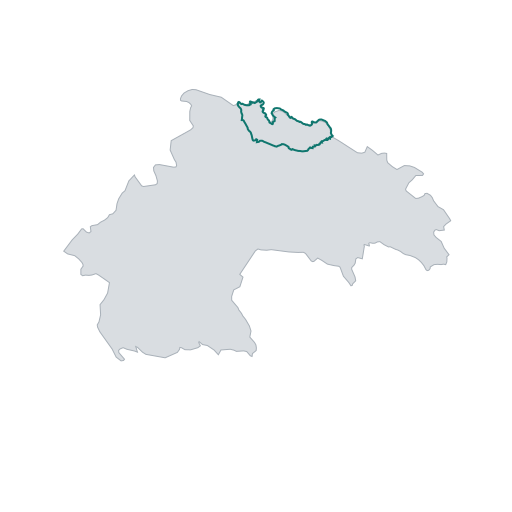 location of Mandiana, Mandiana, Guinea, rotated 304°
{"feature_id": "49546643B67473886511689", "entity_name": "Mandiana", "entity_type": "district", "adm_level": 2, "iso_a3": "GIN", "parent_name": "Guinea", "parent_adm1": "Mandiana", "projection": "equal_earth", "projection_center": [-8.547, 10.818], "detail": "fine", "context": "in_parent", "style": "outline", "palette": "teal", "viewbox_px": 512, "rotation_deg": 304, "n_neighbors": 0, "source": "geoboundaries", "source_scale": "gbopen_adm2", "svg_char_len": 9384}
<svg xmlns="http://www.w3.org/2000/svg" viewBox="0 0 512 512"><g transform="rotate(304 256 256)"><path d="M303.4,342.4L300.0,341.8L298.5,342.7L294.0,349.8L291.2,352.5L287.0,351.7L285.5,352.2L284.4,351.4L286.0,347.5L288.1,339.8L293.7,332.0L293.8,330.4L291.6,325.9L289.2,319.7L289.2,313.1L288.8,308.3L283.9,307.0L283.0,306.1L282.8,304.5L285.6,296.3L285.8,294.6L285.5,293.1L282.5,288.9L277.8,281.1L269.8,265.1L266.8,261.7L263.9,256.8L262.9,253.7L259.9,252.6L231.7,252.8L231.2,257.0L221.5,259.8L215.5,256.5L208.9,258.4L205.7,260.6L203.1,269.9L201.7,271.9L200.3,276.1L199.0,278.4L197.5,283.0L194.3,289.6L191.0,293.8L185.3,296.2L183.5,303.1L182.2,305.7L180.0,307.7L177.7,309.0L173.1,307.6L170.5,308.9L170.1,307.1L171.6,301.7L170.4,298.8L166.0,293.1L165.6,290.4L164.3,286.8L158.5,279.5L153.1,280.0L154.6,273.8L154.6,265.7L152.7,261.2L153.2,256.7L152.2,256.9L150.4,260.1L147.5,259.1L141.6,254.2L138.6,249.5L138.3,245.5L137.6,244.0L135.8,244.8L132.1,244.7L120.8,237.6L112.9,219.7L112.8,215.7L114.0,208.8L113.7,206.9L110.0,211.5L109.3,208.4L106.5,201.2L105.7,197.1L103.0,195.3L100.9,194.9L99.2,196.3L96.9,204.7L95.3,204.6L93.6,202.8L94.0,196.6L98.4,188.8L105.8,169.0L108.4,164.5L110.1,162.9L113.5,162.7L120.3,160.1L128.5,153.9L134.8,154.4L142.3,153.7L152.0,149.4L152.2,136.2L151.9,133.2L148.5,130.6L146.5,128.3L144.8,125.3L142.7,123.3L142.8,121.1L147.1,118.2L151.0,118.3L152.3,117.2L153.3,115.3L154.5,110.5L154.9,105.5L152.4,98.7L152.5,93.9L166.7,94.6L174.5,96.0L180.9,96.3L181.9,97.4L181.0,102.1L181.8,104.8L184.0,105.5L187.6,102.3L189.4,103.0L193.4,107.1L197.1,108.2L201.1,110.4L204.9,111.6L208.3,111.4L210.9,113.7L215.6,114.4L221.7,111.5L226.6,110.2L233.3,109.9L236.8,110.9L247.2,108.6L255.2,109.9L254.0,111.5L250.2,122.0L250.7,123.9L258.9,132.9L260.8,133.6L263.1,132.3L266.6,128.2L269.4,123.7L272.1,121.5L275.3,121.7L277.8,124.8L283.6,138.1L285.0,139.8L286.5,139.7L289.0,137.3L290.3,134.4L295.8,125.6L304.2,121.2L324.1,131.3L327.1,132.0L328.8,131.3L331.3,125.3L338.8,120.3L342.4,118.9L344.5,118.7L345.3,117.1L345.7,114.6L345.3,112.1L342.9,107.6L342.9,106.3L344.2,105.4L347.1,104.8L350.8,105.2L355.0,107.2L358.4,110.0L360.3,113.3L364.0,127.4L368.2,138.4L368.0,153.1L369.9,154.6L372.0,155.3L372.9,156.4L375.0,162.5L376.9,164.3L379.2,164.7L383.5,168.6L386.3,170.1L386.7,171.3L386.6,172.9L385.5,175.0L381.3,179.0L379.3,182.5L375.0,190.9L374.9,192.5L375.8,193.6L377.5,193.8L379.4,193.2L383.3,190.2L386.4,191.3L389.4,193.6L390.5,196.0L390.8,199.2L390.1,203.3L390.0,207.9L391.0,215.7L392.5,223.5L394.1,226.4L403.9,233.3L404.9,235.8L405.4,238.7L404.7,242.7L403.7,244.9L398.3,251.1L397.4,254.0L397.8,259.4L398.3,282.3L400.4,286.2L402.9,288.2L408.9,287.1L408.7,293.5L407.9,300.6L411.4,302.8L413.2,305.0L414.1,307.0L408.6,310.8L407.0,313.0L406.3,319.0L406.5,324.5L413.9,328.4L416.7,333.1L418.0,337.8L418.4,346.9L417.8,349.0L415.9,349.0L412.1,343.5L406.4,342.9L402.2,341.8L395.0,342.6L393.9,344.2L393.0,356.2L394.7,358.3L398.1,360.5L400.3,361.5L402.2,361.2L403.6,362.7L403.9,366.7L402.9,369.6L401.1,372.3L398.7,379.2L399.2,385.6L395.2,395.7L394.1,397.7L388.8,395.7L385.3,395.1L382.8,397.6L379.4,393.7L378.7,390.6L377.5,389.9L375.2,389.9L373.0,391.7L372.1,394.9L371.6,401.4L367.7,407.6L365.0,415.3L361.8,414.6L361.1,415.5L357.8,417.5L354.9,418.1L354.1,416.0L352.4,414.3L350.6,411.1L348.4,408.4L344.4,406.6L342.8,407.4L340.8,407.2L339.6,406.1L339.7,404.6L341.9,400.5L343.1,396.8L343.8,392.8L343.8,389.0L342.6,383.6L340.8,379.3L340.4,376.8L340.6,373.2L340.2,370.0L339.6,368.2L338.7,362.0L337.6,360.8L337.0,355.8L337.2,350.7L335.6,348.8L333.1,347.4L331.7,345.4L330.8,343.1L329.9,342.5L329.1,342.6L328.4,344.0L327.6,344.3L326.2,339.5L325.6,339.3L324.6,340.4L313.1,345.7L311.6,341.2L309.4,340.4L305.6,342.2L303.4,342.4Z" fill="#d9dde1" stroke="#a8b0b8" stroke-width="1"/><path d="M398.3,252.4L398.3,252.1L398.3,251.9L398.5,251.8L398.5,251.6L398.8,251.0L399.6,249.6L399.9,249.2L400.8,248.9L402.3,248.0L403.2,247.1L403.5,246.7L403.8,246.0L404.0,245.1L404.8,243.1L404.9,242.6L405.1,242.0L405.2,241.7L405.9,240.8L406.1,240.5L406.4,239.9L406.5,238.5L406.6,238.1L406.6,237.7L406.5,237.4L406.1,235.4L406.0,234.9L405.7,233.8L405.1,233.0L404.5,232.3L404.0,232.0L402.0,231.5L400.7,231.4L400.2,231.1L399.5,229.7L399.2,229.0L399.2,228.5L399.2,228.1L399.0,227.4L398.6,227.2L398.1,227.4L397.7,227.7L397.2,228.4L397.1,228.5L396.6,228.7L395.9,228.7L395.4,228.6L394.3,228.0L394.1,227.7L393.7,226.2L393.6,225.0L393.5,224.7L393.4,224.7L392.9,224.3L392.7,224.1L392.6,223.6L392.7,222.6L392.5,222.3L392.2,221.9L392.1,221.5L392.0,221.1L392.0,220.8L392.2,219.1L392.2,218.1L392.0,217.5L391.8,217.5L391.7,217.4L391.5,217.2L391.5,215.8L391.3,215.5L391.0,214.6L391.0,213.9L391.2,212.4L391.2,211.5L390.8,210.3L390.7,209.9L391.2,207.8L391.1,207.5L390.4,207.6L389.9,207.5L389.8,207.2L389.7,206.6L389.8,206.4L390.3,205.1L390.7,204.5L390.8,203.6L391.0,203.1L391.6,203.0L391.8,202.7L392.0,202.4L392.1,201.7L391.8,199.2L391.8,198.2L392.0,197.4L391.6,195.5L391.4,194.7L391.6,194.1L391.6,193.3L391.3,192.6L391.2,192.5L390.8,191.5L390.5,191.0L390.3,190.6L390.0,190.2L388.9,189.0L387.9,188.6L387.4,188.5L387.1,189.0L386.8,189.2L386.7,189.3L386.4,189.3L386.1,189.1L385.9,188.9L385.5,188.8L384.6,188.7L383.4,189.0L383.0,189.2L382.9,189.6L382.1,191.1L381.6,193.3L381.6,193.9L381.6,194.1L381.6,194.6L380.6,194.4L379.4,195.3L379.1,195.4L379.0,195.5L378.7,195.8L378.2,196.0L377.9,195.7L377.5,195.6L377.3,195.5L377.0,195.2L376.9,195.1L376.5,195.1L375.1,196.0L374.6,196.0L374.4,195.7L374.3,195.3L374.3,195.0L374.4,194.3L374.2,192.9L374.2,192.6L374.3,192.4L375.2,191.6L375.6,191.0L375.7,190.3L375.7,189.9L375.8,189.3L376.7,188.2L376.9,187.8L376.9,187.5L376.7,186.6L376.7,186.3L376.7,186.2L376.8,185.9L377.0,185.6L377.3,185.5L377.7,185.5L378.4,185.6L378.6,185.6L378.8,185.4L379.1,184.7L379.4,183.8L379.2,183.3L379.1,182.8L379.0,182.0L379.1,181.6L379.1,181.4L379.3,180.9L379.6,180.6L379.9,180.5L380.9,180.6L381.4,180.0L381.7,180.0L382.3,180.2L382.5,180.1L382.8,179.9L382.9,179.6L382.9,179.4L382.6,178.9L382.5,178.3L382.3,177.8L382.3,177.7L382.2,177.5L382.3,177.2L382.5,176.6L382.9,176.1L383.1,175.9L383.7,175.9L384.4,176.4L384.6,176.5L385.6,177.0L386.1,177.0L386.3,176.9L386.9,176.9L387.4,176.7L387.6,176.5L387.8,176.1L387.9,175.9L388.1,174.8L388.2,174.2L388.0,173.8L387.8,173.8L386.5,174.0L385.8,173.6L385.7,173.5L385.7,173.4L385.7,173.1L385.9,172.1L386.1,171.7L386.7,171.4L387.3,171.4L387.7,171.3L387.4,170.8L386.8,170.4L386.2,170.4L386.1,170.6L385.6,170.6L385.3,170.4L385.0,170.3L384.5,170.5L384.1,170.4L383.3,169.9L383.2,169.9L382.6,169.7L382.1,169.4L381.8,168.2L381.5,167.8L381.1,167.5L381.0,167.2L381.4,166.8L381.3,166.4L381.1,165.8L381.1,165.2L380.9,164.8L380.7,164.7L380.3,165.2L379.3,165.8L379.1,166.4L379.1,166.6L378.9,166.8L378.6,166.8L378.0,166.0L377.7,166.0L377.3,166.1L376.9,165.7L376.4,165.0L376.3,164.9L376.2,164.7L376.0,164.2L375.7,163.9L375.4,163.4L375.3,162.7L374.9,162.0L374.7,160.1L374.7,159.9L374.6,159.5L374.0,159.2L373.9,158.9L373.8,158.2L374.2,156.5L374.2,156.0L374.1,155.6L373.8,155.4L373.3,155.3L372.6,155.7L371.9,155.7L370.8,157.1L370.7,157.0L370.5,157.4L370.4,157.8L370.3,158.2L370.1,158.7L370.0,159.2L369.9,159.7L369.9,160.1L369.8,160.5L369.6,160.9L369.5,161.2L369.3,161.6L368.9,162.0L368.6,162.3L368.4,162.4L368.1,162.5L367.7,162.7L367.4,163.0L367.0,163.3L366.8,163.6L366.6,163.8L366.4,164.1L366.0,164.5L365.9,165.0L365.5,165.5L365.1,165.9L364.7,166.2L364.2,166.4L363.6,166.7L363.3,166.9L362.8,167.1L362.2,167.5L361.6,167.8L361.1,168.0L360.7,168.2L361.4,169.4L361.4,169.6L361.4,169.9L361.2,170.4L360.7,171.2L360.2,172.3L359.7,173.4L359.0,174.7L358.2,176.3L357.8,177.1L357.6,177.4L356.8,178.0L356.3,179.0L355.8,180.5L355.8,181.5L355.5,182.3L355.2,182.9L355.1,183.1L355.0,183.3L354.9,183.4L354.5,183.7L354.4,183.9L354.1,184.3L353.8,184.8L353.5,185.1L353.1,185.5L352.7,185.9L352.4,186.2L351.9,186.7L351.7,187.0L351.4,187.2L351.1,187.5L350.9,187.8L350.7,188.1L350.4,188.4L350.3,188.6L350.2,188.9L350.2,189.0L350.3,189.3L350.3,189.5L351.0,190.2L351.8,191.0L352.9,190.9L353.0,191.9L352.0,192.1L351.7,193.0L351.0,193.2L352.2,194.5L353.7,194.8L354.5,195.9L355.1,196.9L355.2,199.0L355.6,200.4L355.9,202.0L356.5,204.9L356.9,207.0L357.2,208.6L357.5,209.6L357.6,210.5L357.9,211.0L358.2,211.9L358.5,212.1L359.7,212.7L360.5,213.4L361.5,214.1L362.3,214.6L363.1,214.8L363.2,215.2L363.8,215.7L364.1,216.6L364.4,217.5L364.5,218.8L364.6,219.8L364.6,220.6L364.6,221.2L364.7,221.8L364.3,222.2L363.7,222.9L363.8,223.1L363.8,223.4L363.8,223.6L363.8,223.8L363.8,224.1L363.8,224.3L363.8,224.6L363.7,224.8L363.8,225.0L363.8,225.6L363.8,225.9L364.0,226.1L364.2,226.3L364.4,226.3L364.7,226.3L364.8,226.3L365.0,226.4L365.3,228.1L365.6,229.2L365.9,230.0L366.3,231.0L366.7,232.2L367.4,233.3L367.9,234.2L368.3,235.2L368.7,235.9L369.2,236.6L370.6,238.2L371.2,238.9L371.9,239.7L372.9,239.9L373.8,239.7L374.6,239.8L375.2,240.2L376.0,240.0L376.4,240.4L376.4,241.3L376.8,242.1L377.0,242.3L377.1,242.6L378.4,242.0L379.0,242.6L379.7,243.6L380.3,243.6L380.7,243.0L381.2,243.8L381.5,244.1L382.1,244.2L382.6,245.2L383.4,246.0L384.0,246.3L384.5,245.8L384.9,245.9L385.3,246.3L386.1,246.2L386.4,246.1L386.9,247.1L387.3,246.5L387.9,246.3L388.6,247.2L389.4,247.6L390.3,247.9L390.9,248.3L391.4,249.3L391.8,249.9L392.3,248.9L392.6,248.7L393.0,248.9L393.0,249.5L392.9,250.2L393.3,250.5L394.2,250.3L394.6,250.4L394.5,250.9L394.7,251.7L395.7,251.0L396.0,250.8L396.3,250.9L396.3,251.6L396.8,252.1L397.5,252.2L398.3,252.4Z" fill="none" stroke="#0f766e" stroke-width="2"/></g></svg>